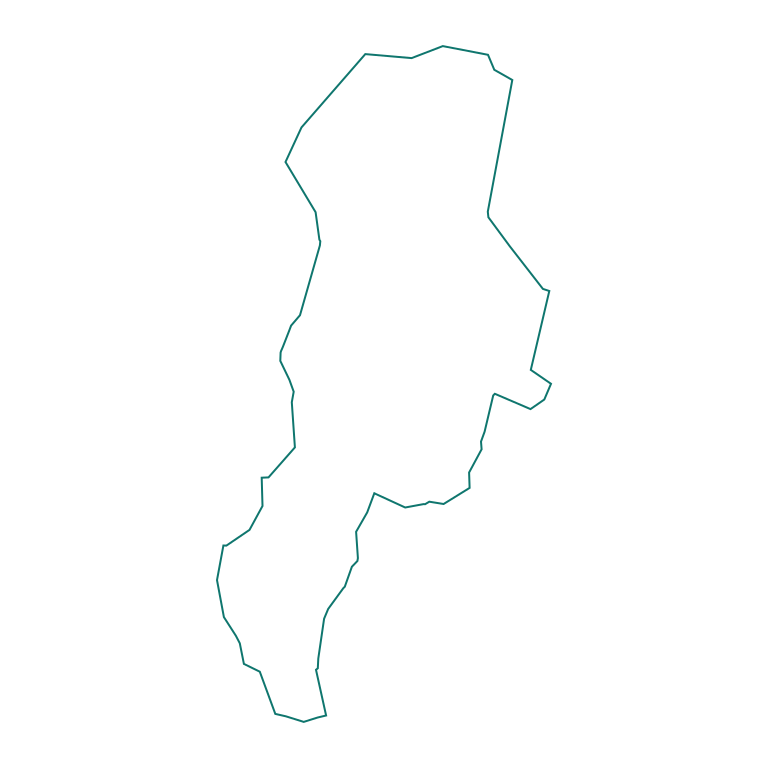 Okobo, Akwa Ibom, Nigeria (Robinson projection)
{"feature_id": "59680162B18997887117478", "entity_name": "Okobo", "entity_type": "district", "adm_level": 2, "iso_a3": "NGA", "parent_name": "Nigeria", "parent_adm1": "Akwa Ibom", "projection": "robinson", "projection_center": [8.124, 4.821], "detail": "fine", "context": "isolated", "style": "outline", "palette": "teal", "viewbox_px": 768, "rotation_deg": 0, "n_neighbors": 0, "source": "geoboundaries", "source_scale": "gbopen_adm2", "svg_char_len": 1056}
<svg xmlns="http://www.w3.org/2000/svg" viewBox="0 0 768 768"><path d="M512.3,80.0L494.3,69.8L488.0,54.8L442.8,46.1L411.6,58.1L365.3,54.1L301.5,127.4L285.5,162.0L315.6,212.2L319.4,239.7L320.3,241.2L319.9,245.4L300.0,315.2L291.1,325.6L289.3,330.4L282.9,346.8L281.0,351.2L280.6,352.6L280.3,360.9L289.4,379.8L293.7,391.7L291.8,402.2L294.9,447.4L268.5,477.4L261.7,477.7L262.5,506.0L249.5,529.9L226.4,545.6L223.4,545.5L217.0,580.1L223.9,617.1L235.9,635.8L239.8,643.3L243.9,663.9L259.8,671.7L275.3,713.9L285.8,716.3L302.2,721.4L303.7,721.9L317.7,717.5L326.1,715.5L316.0,669.8L317.8,668.3L318.3,658.5L324.1,618.7L328.2,608.9L343.3,588.2L344.8,586.7L351.9,566.7L357.4,561.0L357.9,558.1L356.1,531.8L367.2,512.4L374.3,493.3L405.2,507.5L423.6,504.1L425.1,504.2L429.3,501.7L443.6,504.0L469.6,487.9L469.1,472.5L481.6,449.3L481.0,441.6L484.6,431.7L493.2,395.5L494.8,393.8L495.1,393.9L530.5,409.1L544.2,399.6L544.4,399.3L551.0,383.8L530.8,369.9L549.3,291.0L542.9,288.9L509.8,246.3L488.4,217.3L487.8,211.7L512.3,80.0Z" fill="none" stroke="#0f766e" stroke-width="2"/></svg>